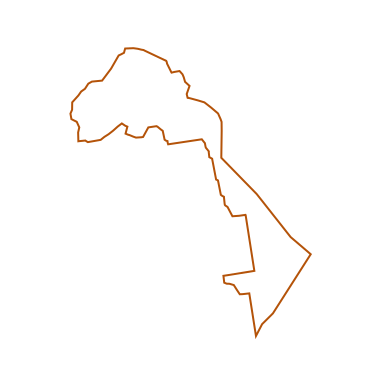 Koneurgenc, Tashauz, Turkmenistan (orthographic projection), rotated 260°
{"feature_id": "10190150B53844356403959", "entity_name": "Koneurgenc", "entity_type": "district", "adm_level": 2, "iso_a3": "TKM", "parent_name": "Turkmenistan", "parent_adm1": "Tashauz", "projection": "orthographic", "projection_center": [58.858, 42.114], "detail": "fine", "context": "isolated", "style": "outline", "palette": "amber", "viewbox_px": 384, "rotation_deg": 260, "n_neighbors": 0, "source": "geoboundaries", "source_scale": "gbopen_adm2", "svg_char_len": 1735}
<svg xmlns="http://www.w3.org/2000/svg" viewBox="0 0 384 384"><g transform="rotate(260 192 192)"><path d="M39.1,230.0L49.7,238.1L58.4,250.6L110.1,298.1L130.5,281.3L178.7,255.4L220.6,226.8L246.8,231.8L255.9,233.3L258.8,232.8L264.8,231.3L271.8,225.5L278.1,219.8L281.1,213.9L284.3,207.1L284.9,205.8L285.4,204.3L285.6,204.3L285.7,204.0L289.4,203.8L296.9,208.0L301.7,204.3L306.4,203.8L309.5,203.1L312.9,201.0L313.3,200.7L313.3,195.3L313.1,192.6L313.3,192.5L322.8,189.7L324.3,189.7L325.1,189.5L325.6,189.4L336.9,173.5L339.6,169.7L340.2,169.0L341.0,166.8L342.4,163.6L342.8,162.4L343.8,159.3L344.9,151.1L343.3,150.3L340.9,149.2L339.9,146.1L339.4,144.2L339.2,143.5L327.5,133.7L317.3,122.8L317.6,119.1L318.1,112.6L316.7,108.7L312.2,104.5L310.2,100.3L306.8,96.9L301.1,89.6L293.8,88.2L290.3,85.9L284.7,85.9L281.1,90.7L275.2,92.2L270.4,90.2L261.7,88.9L261.7,89.2L261.2,95.9L260.3,96.8L259.2,98.1L259.2,109.6L259.2,111.1L261.5,115.3L263.4,119.9L266.0,124.8L267.1,126.6L269.4,130.3L271.7,134.8L268.8,137.8L267.6,139.7L261.0,136.7L259.4,139.2L259.0,140.2L256.7,143.8L255.3,146.3L254.7,151.7L254.7,153.4L263.2,160.2L263.0,168.4L262.6,168.8L262.5,169.2L259.2,172.0L257.3,173.8L248.3,174.1L247.0,175.4L246.4,176.7L244.7,176.6L243.1,176.8L242.2,210.8L237.8,213.2L234.5,213.2L233.3,213.3L229.1,215.6L228.2,215.4L223.3,215.1L221.3,217.6L220.5,217.6L200.1,217.9L199.1,219.4L198.8,219.4L198.6,219.6L184.2,219.9L182.8,221.2L181.8,222.6L174.8,222.1L173.6,222.1L172.9,222.5L171.1,224.4L161.1,227.6L160.4,234.2L160.2,240.5L159.8,240.5L159.7,240.8L103.5,239.7L103.9,212.7L104.0,208.4L97.1,208.0L95.9,209.9L95.7,210.2L95.1,213.0L93.9,215.4L93.1,217.0L87.8,219.2L83.0,221.3L82.6,224.4L82.2,230.8L39.1,230.0Z" fill="none" stroke="#b45309" stroke-width="2"/></g></svg>